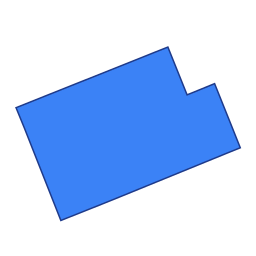 Alcorn, Mississippi, United States of America, rotated 158°
{"feature_id": "52423323B19683486878763", "entity_name": "Alcorn", "entity_type": "district", "adm_level": 2, "iso_a3": "USA", "parent_name": "United States of America", "parent_adm1": "Mississippi", "projection": "robinson", "projection_center": [-88.592, 34.876], "detail": "fine", "context": "isolated", "style": "filled", "palette": "blue", "viewbox_px": 256, "rotation_deg": 158, "n_neighbors": 0, "source": "geoboundaries", "source_scale": "gbopen_adm2", "svg_char_len": 335}
<svg xmlns="http://www.w3.org/2000/svg" viewBox="0 0 256 256"><g transform="rotate(158 128 128)"><path d="M224.9,67.4L217.8,67.4L180.1,67.2L161.4,67.2L46.7,67.6L31.3,67.6L31.2,90.3L31.1,136.7L60.8,136.6L60.7,188.1L75.3,188.2L82.7,188.2L224.2,188.8L224.1,166.7L224.9,67.4Z" fill="#3b82f6" stroke="#1e3a8a" stroke-width="1.5"/></g></svg>